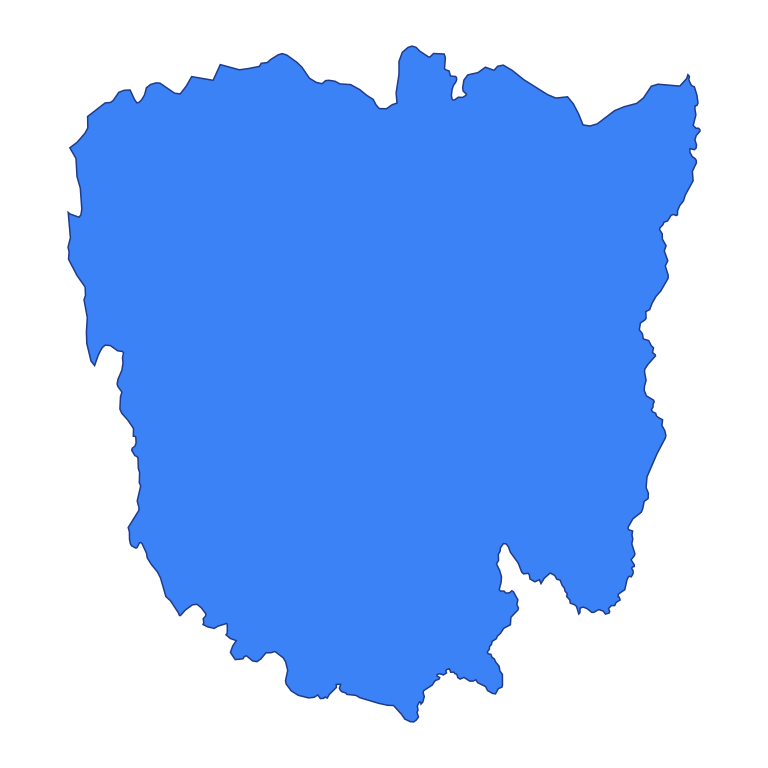 outline of Fandriana, Amoron'i Mania, Madagascar
{"feature_id": "10022922B23434626058692", "entity_name": "Fandriana", "entity_type": "district", "adm_level": 2, "iso_a3": "MDG", "parent_name": "Madagascar", "parent_adm1": "Amoron'i Mania", "projection": "robinson", "projection_center": [47.379, -20.289], "detail": "fine", "context": "isolated", "style": "filled", "palette": "blue", "viewbox_px": 768, "rotation_deg": 0, "n_neighbors": 0, "source": "geoboundaries", "source_scale": "gbopen_adm2", "svg_char_len": 6011}
<svg xmlns="http://www.w3.org/2000/svg" viewBox="0 0 768 768"><path d="M402.3,52.3L399.0,61.4L399.0,74.3L396.1,92.9L397.0,103.1L392.2,104.7L386.5,108.7L379.3,108.6L376.2,105.1L373.2,99.4L366.8,95.4L359.9,89.7L350.6,84.6L339.9,83.9L334.9,81.2L328.8,80.3L325.6,80.6L322.1,83.7L316.3,82.4L309.4,78.2L302.0,67.3L297.0,62.4L286.7,55.0L282.2,53.6L278.2,54.8L270.5,59.6L267.2,62.6L261.2,63.3L259.4,66.4L248.1,68.6L239.4,69.8L220.3,64.6L213.1,80.3L191.7,76.6L186.2,86.2L180.2,93.9L174.6,93.2L159.9,83.1L155.9,82.9L150.5,84.5L146.4,87.8L144.6,94.8L141.5,100.0L138.8,102.5L136.8,102.8L134.4,99.3L130.1,90.0L124.2,90.3L118.8,92.3L113.1,100.6L110.4,102.5L105.2,102.9L87.6,116.5L87.8,128.0L84.8,133.4L77.1,142.3L69.8,147.8L76.0,158.5L77.0,176.6L80.3,188.1L81.8,209.1L80.9,214.9L79.0,217.2L70.0,214.0L68.2,212.4L70.4,237.7L68.0,247.2L69.1,251.9L68.5,259.2L77.0,275.5L85.1,287.0L85.5,295.3L84.0,299.8L87.3,317.5L86.4,332.1L86.8,343.5L91.0,361.0L94.6,365.6L98.2,355.3L100.6,350.5L102.5,347.4L105.3,345.1L110.4,345.6L117.6,350.8L122.5,351.5L123.5,352.8L122.5,357.8L123.0,363.0L121.9,370.1L118.0,379.3L117.1,384.1L117.9,386.5L121.9,392.1L120.5,396.7L119.9,409.0L121.7,413.2L127.9,420.2L133.5,428.5L133.3,436.2L135.4,436.5L135.8,437.4L136.1,442.9L135.0,446.1L132.2,448.3L131.7,450.3L134.8,455.5L137.1,456.7L138.0,458.1L138.3,468.4L139.6,472.5L139.3,482.7L140.7,485.9L137.2,501.0L139.0,507.7L138.9,510.3L128.2,527.5L129.4,531.8L129.5,539.4L130.4,543.9L131.8,546.0L135.9,548.1L137.1,547.5L139.5,542.8L140.8,542.6L142.0,543.5L146.5,553.2L147.2,557.8L151.1,564.1L157.5,572.0L160.5,577.9L165.9,596.6L170.5,600.8L178.3,612.7L179.4,615.4L180.4,615.6L185.5,609.9L192.5,604.8L197.0,604.3L201.3,607.8L205.9,613.9L205.7,615.9L203.2,618.7L203.8,622.7L203.0,624.5L207.5,626.8L214.2,628.4L217.8,626.2L226.6,623.5L227.2,624.1L227.3,630.1L227.1,633.5L226.0,634.8L230.3,638.5L236.3,640.6L232.7,646.0L230.4,652.4L235.2,659.6L243.0,658.8L244.3,656.6L246.5,655.8L252.5,660.9L256.9,661.7L260.8,659.0L266.0,652.8L271.2,652.7L274.7,651.5L275.8,652.1L283.3,657.9L285.7,662.0L287.7,670.4L285.5,680.7L286.1,683.9L291.1,690.8L298.2,695.3L308.6,697.9L314.1,697.3L317.8,695.0L320.4,698.6L323.7,698.3L325.0,697.0L327.2,698.1L329.4,694.3L336.4,687.4L336.2,684.4L340.7,684.3L339.4,688.1L340.3,690.3L342.0,691.8L345.6,692.9L346.9,694.4L356.0,695.4L359.9,697.7L378.6,703.3L387.6,705.3L393.5,705.5L401.5,714.3L404.8,719.1L410.4,721.7L413.8,721.9L416.3,720.0L418.5,717.0L417.0,712.5L418.0,710.1L417.3,705.9L419.5,701.8L420.6,702.2L421.0,704.1L422.8,702.1L424.3,696.6L423.1,692.7L423.7,690.6L432.3,685.0L435.1,680.7L439.2,679.0L439.7,677.5L437.1,676.1L437.2,674.5L439.6,673.7L443.5,674.9L446.5,672.9L445.8,670.7L446.9,669.5L449.5,668.9L450.7,672.2L453.9,672.2L454.7,673.5L456.8,674.3L457.8,677.6L460.1,679.1L464.0,677.4L469.7,681.1L473.0,681.1L475.9,679.8L477.7,682.7L485.6,686.6L487.6,690.6L492.5,693.4L495.5,693.9L498.4,688.6L501.9,687.2L502.5,685.0L502.4,674.4L499.9,671.0L499.1,666.2L495.5,661.8L494.4,659.0L492.0,657.3L490.9,654.3L488.1,653.8L487.4,651.8L489.3,649.4L489.6,646.5L491.5,644.4L492.1,641.4L496.4,638.7L497.2,636.3L500.6,633.2L503.7,628.3L510.4,624.8L510.9,617.3L517.9,610.0L518.5,608.0L516.8,604.6L517.9,599.9L513.4,591.7L511.8,590.8L509.5,592.8L506.0,593.1L504.0,591.1L500.5,591.1L499.2,589.6L501.1,582.4L501.5,576.9L499.6,570.3L496.5,564.0L498.6,560.3L498.3,554.5L500.1,551.2L500.5,547.7L503.4,543.6L506.2,543.9L508.5,547.0L510.4,552.3L518.2,563.0L521.7,572.1L523.6,573.9L528.2,573.3L529.3,574.8L530.0,579.0L534.9,581.8L539.4,579.7L541.0,583.6L544.3,578.2L550.2,573.0L554.7,575.5L556.9,579.3L560.1,580.1L562.0,585.1L564.3,588.0L565.1,591.3L567.2,593.5L566.7,596.6L569.8,600.0L570.3,603.2L574.4,604.6L576.5,606.4L578.8,614.0L579.9,612.7L580.1,608.1L583.2,607.1L587.1,608.6L591.8,612.4L594.0,612.3L598.7,609.6L603.3,611.1L605.4,614.1L609.2,613.0L609.7,611.6L608.5,608.6L611.3,605.6L614.7,605.6L616.1,602.5L620.1,600.0L619.3,597.2L618.1,596.9L618.4,594.1L624.8,589.7L627.0,579.8L628.2,577.3L629.1,576.3L631.3,576.8L633.1,573.6L633.1,570.8L631.7,568.4L632.3,567.1L634.3,566.5L634.3,564.9L631.1,559.8L634.5,555.5L634.9,553.7L631.8,543.8L632.8,539.2L632.0,534.9L632.6,531.0L628.9,529.8L628.1,528.7L628.2,527.0L632.9,518.8L641.3,512.2L642.7,508.8L644.2,501.4L648.1,498.6L648.4,493.3L646.1,487.6L647.0,476.9L657.2,453.3L665.3,438.1L665.9,435.4L664.7,430.4L661.9,425.5L662.6,419.8L657.9,417.2L656.5,415.9L655.6,413.2L652.8,412.0L651.3,409.8L653.0,407.1L653.1,404.1L654.2,401.8L653.5,400.1L646.4,395.9L644.2,390.3L644.4,386.4L646.1,380.4L644.5,371.6L644.8,369.2L648.0,364.3L655.5,355.9L655.2,354.7L652.5,352.5L653.5,347.7L651.4,345.9L648.7,340.6L643.3,338.9L642.4,333.7L639.3,329.8L640.4,323.1L645.2,319.7L646.1,318.1L645.8,311.6L649.7,309.6L652.1,303.2L656.2,296.1L660.7,291.1L668.1,278.3L668.2,275.2L665.3,265.9L667.8,260.7L664.3,250.9L666.1,245.8L662.4,239.1L662.2,233.7L659.6,229.7L659.9,227.9L663.1,224.5L663.9,222.2L667.5,221.0L671.2,215.2L673.2,214.5L676.3,215.5L677.5,214.8L677.5,211.0L679.7,205.6L683.5,200.8L685.3,195.0L693.1,180.8L692.4,171.3L696.4,162.9L696.3,160.4L695.0,158.5L692.2,156.6L689.9,152.2L690.0,148.6L694.3,149.7L696.1,148.1L696.5,144.9L694.9,139.7L696.3,135.4L700.0,131.2L699.8,129.5L698.4,128.2L696.1,128.3L693.2,125.5L695.9,114.9L694.9,108.8L695.2,105.8L697.0,105.4L698.0,103.0L696.9,95.1L694.4,86.8L692.0,85.9L690.7,84.1L688.8,79.8L689.4,76.3L687.9,74.7L686.7,78.5L679.8,86.1L658.0,84.2L651.3,86.2L643.5,97.9L636.7,103.4L624.3,106.7L614.5,110.7L597.2,123.9L589.9,126.0L583.0,124.9L578.9,114.6L573.4,103.9L567.5,96.8L555.9,98.1L547.5,94.6L523.8,79.7L512.1,70.3L503.2,65.1L497.6,66.3L494.0,70.3L485.4,67.2L478.0,72.6L467.7,74.9L463.9,80.1L462.7,87.6L463.1,91.0L466.4,94.2L465.9,95.4L462.7,97.4L458.3,97.2L454.6,99.9L453.0,100.0L452.0,98.9L451.4,95.4L452.1,89.4L453.4,85.5L455.9,81.9L456.7,79.5L456.5,77.6L455.6,76.5L450.5,76.0L449.1,71.0L445.5,69.7L444.5,68.5L445.4,57.8L444.2,54.0L433.5,53.5L429.9,57.1L428.4,56.8L420.0,51.3L416.0,47.3L412.0,46.1L407.9,47.5L402.3,52.3Z" fill="#3b82f6" stroke="#1e3a8a" stroke-width="1.5"/></svg>